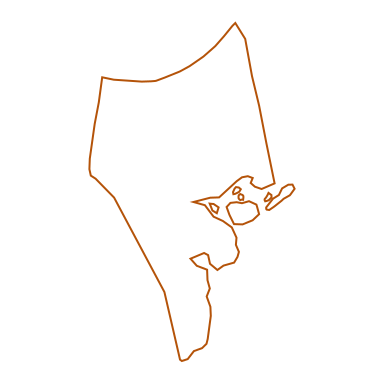 Ikelau, Palau
{"feature_id": "81905179B16358514797122", "entity_name": "Ikelau", "entity_type": "district", "adm_level": 2, "iso_a3": "PLW", "parent_name": "Palau", "parent_adm1": "", "projection": "natural_earth1", "projection_center": [134.481, 7.339], "detail": "fine", "context": "isolated", "style": "outline", "palette": "amber", "viewbox_px": 384, "rotation_deg": 0, "n_neighbors": 0, "source": "geoboundaries", "source_scale": "gbopen_adm2", "svg_char_len": 1959}
<svg xmlns="http://www.w3.org/2000/svg" viewBox="0 0 384 384"><path d="M180.0,359.6L181.8,361.0L187.7,359.1L193.9,351.1L202.1,348.1L206.5,343.8L207.7,339.0L210.8,315.9L210.4,306.8L206.7,296.5L209.8,288.5L207.5,280.2L207.1,269.7L196.8,265.8L190.5,258.7L204.1,253.0L208.1,255.1L210.0,263.8L217.4,270.0L223.5,265.6L234.1,262.6L237.5,256.9L238.9,251.9L235.9,244.8L236.5,237.7L231.8,227.4L222.9,221.0L213.6,216.7L204.9,205.2L193.5,202.0L210.3,197.7L219.1,197.4L236.7,181.2L242.0,177.3L247.8,176.2L252.7,178.0L250.7,183.0L254.9,186.7L261.6,189.0L274.6,183.4L266.4,143.3L259.1,105.6L252.0,76.1L245.2,38.9L235.3,23.0L232.3,26.0L224.0,36.2L215.3,46.1L203.5,56.5L189.5,66.2L179.8,71.5L164.7,77.6L156.1,80.8L154.9,81.0L151.1,81.3L141.7,81.6L113.8,79.7L102.2,77.3L98.8,102.4L94.7,123.9L89.8,158.6L89.4,169.2L90.8,175.6L95.6,178.7L114.1,197.6L164.4,292.0L178.8,354.3L180.0,359.6ZM229.8,203.6L226.6,207.0L229.3,214.5L229.7,215.4L234.0,224.1L242.6,224.4L252.6,220.3L259.1,214.2L257.1,206.9L256.4,204.6L249.0,201.2L242.0,203.2L236.6,202.2L235.8,202.3L230.4,202.9L229.8,203.6ZM290.6,194.3L294.6,188.8L292.5,184.6L288.3,184.7L282.1,188.4L278.9,195.0L273.0,198.7L266.2,207.4L266.2,208.9L266.7,209.6L269.2,210.0L273.6,207.0L275.2,205.8L277.2,204.2L281.5,200.8L283.6,198.8L289.8,195.3L290.6,194.3ZM211.8,208.9L212.4,210.5L216.8,213.2L218.6,207.4L213.6,204.0L211.3,203.8L209.7,203.6L211.8,208.9ZM233.4,194.2L235.0,193.9L237.4,192.8L239.3,191.7L240.8,189.2L238.8,187.5L237.4,187.3L236.0,187.1L234.6,188.6L233.7,190.6L233.0,192.1L233.4,194.2ZM265.6,198.0L264.7,199.1L264.6,200.0L265.2,201.3L265.6,201.2L266.6,201.0L268.8,200.2L271.5,197.4L271.5,196.9L271.4,195.0L270.1,194.1L268.5,192.9L267.4,195.3L265.9,197.7L265.6,198.0ZM240.2,194.0L239.8,194.4L238.7,195.3L238.5,196.8L238.6,198.3L239.2,199.2L240.3,200.1L240.9,199.9L241.7,199.6L243.1,199.8L243.4,197.7L243.4,196.7L243.3,195.9L242.9,195.4L242.5,194.9L241.5,194.6L240.2,194.0Z" fill="none" stroke="#b45309" stroke-width="2"/></svg>